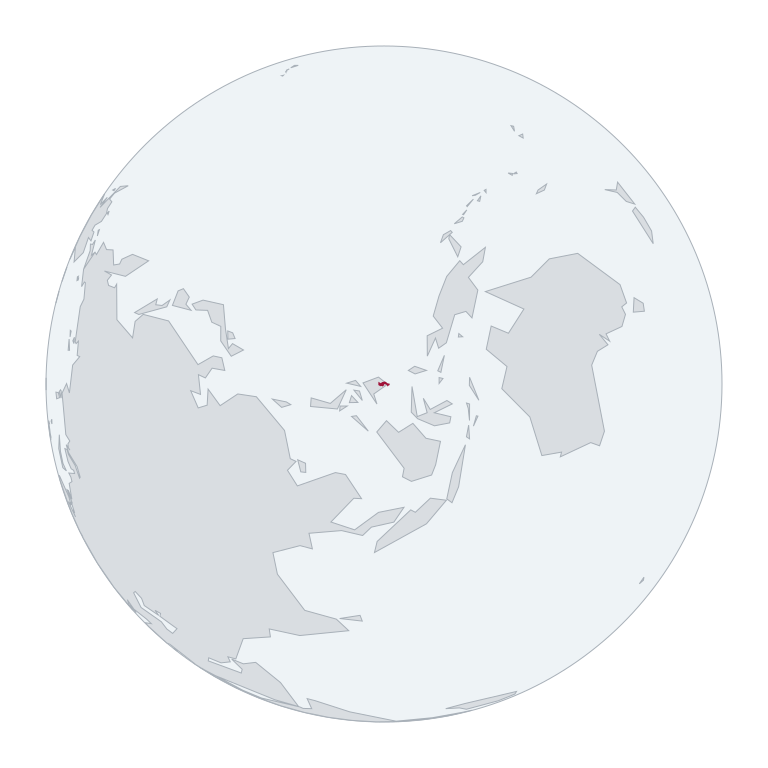 Davao del Sur on an orthographic globe, rotated 273°
{"feature_id": "PHL-2596", "entity_name": "Davao del Sur", "entity_type": "Province", "adm_level": 1, "iso_a3": "PHL", "parent_name": "Philippines", "parent_adm1": "", "projection": "orthographic", "projection_center": [125.415, 6.192], "detail": "fine", "context": "on_globe", "style": "filled", "palette": "rose", "viewbox_px": 768, "rotation_deg": 273, "n_neighbors": 0, "source": "natural_earth", "source_scale": "10m", "svg_char_len": 8652}
<svg xmlns="http://www.w3.org/2000/svg" viewBox="0 0 768 768"><g transform="rotate(273 384 384)"><circle cx="384" cy="384" r="338" fill="#eef3f6" stroke="#a8b0b8"/><path d="M648.6,497.3L648.3,499.6L648.0,500.0L648.6,497.3ZM559.1,95.0L548.3,91.3L555.9,97.9L545.5,91.2L567.5,110.4L568.6,118.2L560.5,104.9L554.3,100.3L551.7,102.7L544.8,98.7L539.6,97.9L531.6,93.3L527.5,87.1L522.2,84.4L520.6,86.4L511.6,83.9L514.8,81.2L499.4,76.8L489.7,68.1L504.5,68.7L492.3,63.9L492.2,63.9L515.2,72.6L537.6,83.0L559.1,95.0ZM697.7,281.7L694.9,274.3L697.5,277.9L697.7,281.7ZM692.5,270.6L693.7,272.9L692.6,271.2L692.5,270.6ZM691.3,269.9L692.2,270.4L691.5,270.6L691.3,269.9ZM690.1,269.8L690.6,269.5L690.7,269.9L690.1,269.8ZM687.1,267.5L686.2,266.7L686.5,265.6L687.1,267.5ZM562.9,104.2L563.5,102.9L565.3,105.7L562.9,104.2ZM540.2,98.7L542.3,100.5L538.7,99.5L540.2,98.7ZM523.2,91.7L516.8,90.0L522.6,90.6L523.2,91.7ZM512.7,88.2L497.3,85.1L500.5,88.5L482.9,78.0L501.8,83.6L508.4,83.5L508.1,85.6L512.7,88.2ZM475.6,73.2L471.3,72.0L475.0,72.2L475.6,73.2ZM484.2,61.3L483.6,61.1L472.9,58.0L470.1,57.3L469.6,57.1L484.2,61.3ZM447.6,52.1L459.7,54.7L459.3,54.6L447.6,52.1ZM94.8,209.2L94.4,210.2L112.9,183.8L114.0,180.7L129.7,161.5L133.1,158.2L132.5,164.2L136.8,159.2L146.1,146.0L155.2,138.9L150.4,141.0L145.6,146.4L142.5,148.4L146.7,143.8L149.8,141.1L152.5,137.9L145.2,144.9L166.9,125.0L190.3,107.1L215.1,91.3L216.2,91.0L220.7,88.1L238.5,79.0L244.0,76.6L249.4,74.1L245.4,75.8L271.1,65.5L272.1,65.2L275.9,64.5L255.1,75.1L246.7,77.9L250.1,75.0L235.1,82.9L242.0,79.6L239.0,81.9L250.0,77.7L248.4,79.1L261.8,73.1L261.0,74.5L252.6,78.3L268.3,74.8L270.2,77.5L274.6,76.2L278.6,73.9L278.4,79.7L281.6,78.6L282.9,76.1L290.1,72.5L302.8,68.7L302.0,70.9L297.3,72.5L286.3,79.9L274.0,84.9L275.0,85.5L285.5,81.8L298.9,72.6L306.8,69.8L301.5,73.8L304.0,72.1L307.7,71.5L310.6,73.2L316.8,68.9L358.1,63.0L367.8,67.0L358.6,70.3L386.6,72.1L395.4,78.7L396.5,76.1L410.8,76.6L408.2,74.4L409.9,73.4L445.3,76.6L453.0,79.9L469.5,80.5L470.2,79.5L465.4,76.9L482.9,78.0L500.5,88.5L498.2,90.1L510.8,96.5L503.7,99.9L503.7,106.4L488.7,107.8L490.0,113.7L494.9,115.7L500.3,126.1L494.7,142.5L478.0,120.2L482.2,98.9L478.6,106.2L473.1,102.3L468.0,103.8L466.0,109.9L469.7,111.8L434.2,113.9L416.9,130.5L433.5,132.2L440.9,139.9L435.7,165.6L393.6,197.2L403.1,212.0L401.7,220.7L389.2,224.3L390.8,211.5L380.7,205.3L383.6,198.2L364.0,201.3L367.2,191.3L350.4,199.7L353.6,208.5L369.7,208.6L353.8,221.5L366.4,238.5L364.6,257.2L332.4,287.1L304.5,294.3L302.1,300.2L292.8,292.1L277.7,302.8L293.0,340.1L291.6,350.3L268.3,367.6L268.3,359.8L243.4,338.2L236.8,362.3L255.5,385.2L261.9,410.4L246.6,401.1L240.4,378.9L231.6,370.6L235.4,349.3L231.0,316.9L215.6,321.1L218.2,308.6L209.8,281.9L188.5,287.5L153.8,316.7L146.7,348.7L135.8,361.7L128.4,313.1L133.4,282.2L125.5,283.8L122.3,256.7L101.7,250.4L103.4,242.4L98.5,245.0L97.0,235.9L101.4,223.3L98.3,223.0L87.9,256.6L91.7,257.3L101.3,246.3L97.2,258.2L99.3,270.4L80.4,296.3L57.5,315.5L63.0,291.4L85.8,225.5L89.5,219.0L89.9,218.3L90.7,216.9L84.8,227.3L91.3,215.1L70.8,259.0L64.0,278.0L57.1,316.8L55.8,320.2L56.0,328.8L65.8,323.7L64.2,331.6L54.8,367.0L47.9,413.8L53.3,449.9L60.4,480.0L62.8,488.9L56.1,465.7L51.1,442.0L47.8,418.0L46.2,393.9L46.4,369.7L48.3,345.6L51.9,321.7L57.2,298.0L64.2,274.9L72.8,252.3L83.0,230.3L94.8,209.2ZM123.9,186.0L128.8,190.1L140.3,172.4L143.2,172.9L146.0,167.2L141.1,171.2L150.2,156.2L157.3,153.1L163.8,146.4L162.4,144.9L148.1,153.1L134.9,174.1L127.9,180.0L123.9,186.0ZM372.5,46.3L371.5,46.3L360.2,46.9L360.9,46.9L372.5,46.3ZM310.8,54.3L315.4,53.2L316.9,53.0L329.0,50.8L328.6,51.1L321.2,52.6L310.8,54.3ZM109.5,187.7L106.0,192.1L108.0,189.2L108.8,188.2L109.5,187.7ZM312.4,54.3L317.4,53.2L314.1,54.1L312.4,54.3ZM329.0,51.4L326.2,52.2L330.0,50.9L329.0,51.4ZM197.8,649.4L204.7,653.7L201.7,653.4L197.8,649.4ZM69.1,481.4L83.9,532.4L81.2,530.9L73.7,514.8L63.5,483.3L64.5,476.2L63.0,462.6L69.1,481.4ZM346.6,475.5L357.1,477.9L356.8,479.5L346.6,475.5ZM335.6,469.1L347.4,470.7L333.7,472.3L335.6,469.1ZM352.0,471.3L364.1,469.4L369.3,467.4L368.5,470.5L352.0,471.3ZM327.6,468.5L285.3,463.9L269.0,458.1L272.6,452.7L299.0,456.9L327.6,468.5ZM271.2,452.4L246.6,433.7L215.2,383.3L226.4,385.4L259.7,417.3L257.5,422.0L272.4,436.3L271.2,452.4ZM332.0,428.7L329.7,443.4L306.1,439.8L295.6,436.3L288.2,416.5L292.3,407.3L300.9,408.5L335.7,379.3L347.5,388.4L336.5,401.1L346.2,414.9L332.0,428.7ZM147.5,352.0L151.7,372.2L146.1,374.7L147.5,352.0ZM350.9,358.1L336.1,370.8L349.9,353.3L350.9,358.1ZM359.7,341.3L360.1,348.5L354.8,341.1L359.7,341.3ZM300.7,309.8L291.6,310.5L291.9,305.5L303.8,301.8L300.7,309.8ZM363.1,273.3L361.0,287.4L358.5,292.0L355.3,283.0L363.1,273.3ZM316.4,62.4L299.9,64.4L287.8,67.6L280.6,71.4L283.7,67.6L302.4,62.6L316.4,62.4ZM353.0,62.3L359.3,60.0L361.3,61.3L360.2,62.0L353.0,62.3ZM353.4,60.8L352.1,57.9L358.7,56.8L358.4,59.2L353.4,60.8ZM331.5,54.1L326.7,54.5L329.5,53.5L331.5,54.1ZM569.7,623.1L573.7,625.7L564.1,634.5L550.8,643.2L538.2,645.5L569.7,623.1ZM470.3,640.2L468.8,629.2L483.3,629.2L478.2,638.6L470.3,640.2ZM579.0,616.4L587.5,606.9L589.7,594.3L589.9,605.8L597.8,606.7L576.8,625.0L579.0,616.4ZM413.7,590.4L348.4,606.6L333.6,602.5L336.3,593.5L320.5,563.9L325.3,564.9L320.8,545.4L358.7,531.4L385.5,501.9L407.9,505.9L424.1,484.3L447.5,488.0L441.2,505.6L466.2,519.8L481.6,480.4L498.4,525.3L517.6,542.5L524.6,570.6L495.6,614.5L477.6,622.0L473.5,617.4L466.2,621.5L453.9,618.6L445.7,603.1L438.6,607.1L444.9,596.4L434.9,605.6L427.8,595.4L413.7,590.4ZM582.0,526.2L585.8,527.7L592.2,535.9L586.1,534.0L582.0,526.2ZM639.0,505.7L640.9,509.4L636.9,510.1L639.0,505.7ZM648.0,500.0L643.2,501.1L648.6,497.3L648.0,500.0ZM600.6,502.1L602.6,505.0L601.1,505.9L600.6,502.1ZM599.1,501.1L601.2,496.9L601.0,501.3L599.1,501.1ZM580.4,475.9L582.6,473.9L583.7,475.7L580.4,475.9ZM372.7,479.6L387.1,469.3L395.2,469.1L372.7,479.6ZM577.0,470.9L571.4,470.0L571.9,467.7L577.0,470.9ZM577.3,465.4L576.6,462.1L580.3,470.1L577.3,465.4ZM566.3,457.1L573.3,463.6L565.5,457.8L566.3,457.1ZM562.2,457.6L557.2,454.6L557.5,453.6L562.2,457.6ZM507.3,457.0L525.8,478.1L511.3,476.2L494.9,462.7L482.7,472.8L454.6,468.4L460.8,462.0L456.9,451.0L428.4,444.1L422.6,436.7L432.6,433.0L414.1,425.8L434.4,424.6L442.8,439.6L454.4,429.6L474.7,434.3L494.7,441.0L511.1,453.2L507.3,457.0ZM434.8,455.8L438.3,456.1L435.3,460.1L434.8,455.8ZM547.7,445.8L554.9,453.4L554.1,455.1L550.6,453.7L547.7,445.8ZM514.9,451.0L532.4,441.1L536.6,441.7L525.0,453.8L514.9,451.0ZM528.0,433.0L536.2,435.5L540.7,442.5L539.0,444.2L528.0,433.0ZM393.3,438.7L392.6,442.6L387.4,439.0L393.3,438.7ZM400.0,437.0L415.8,442.8L398.6,440.2L400.0,437.0ZM353.2,418.9L357.6,428.6L371.8,424.0L361.0,431.5L370.8,447.7L367.7,453.2L357.9,435.7L354.8,452.5L348.6,451.6L344.9,436.6L351.1,419.4L357.3,412.7L383.0,412.1L353.2,418.9ZM399.8,425.7L395.7,414.5L398.8,407.6L403.3,413.7L399.8,425.7ZM383.9,387.6L373.5,374.3L363.6,378.0L384.0,363.0L390.6,378.1L383.9,387.6ZM375.7,359.9L366.4,363.2L376.3,354.3L375.7,359.9ZM364.2,358.9L363.6,350.4L370.7,352.2L364.2,358.9ZM380.4,360.8L382.9,346.7L386.1,355.4L380.4,360.8ZM361.8,331.4L376.3,346.6L356.6,338.8L357.7,311.8L366.3,312.0L361.8,331.4ZM421.6,232.9L420.6,225.8L428.8,225.2L427.2,230.2L421.6,232.9ZM454.8,219.5L430.7,222.8L411.2,226.8L416.4,230.6L410.6,241.9L403.7,230.0L418.5,218.7L433.0,218.0L436.7,208.8L448.3,204.0L448.1,192.3L453.7,188.2L458.3,198.9L454.8,219.5ZM447.5,187.5L451.4,168.6L466.2,173.5L468.7,178.7L460.6,185.0L453.3,182.0L447.5,187.5ZM456.7,165.8L449.7,163.0L440.6,135.5L442.3,131.2L457.1,153.1L451.2,151.9L450.8,158.3L456.7,165.8ZM471.8,73.2L471.3,72.1L474.4,73.6L471.8,73.2ZM408.1,72.2L410.9,71.0L414.5,72.4L408.1,72.2ZM420.5,68.8L414.6,68.0L421.2,67.9L420.5,68.8ZM401.2,66.8L412.4,67.2L401.2,68.2L401.2,66.8Z" fill="#d9dde1" stroke="#a8b0b8" stroke-width="1"/><path d="M384.6,379.1L384.4,379.4L384.4,379.6L384.3,379.8L384.1,380.1L383.9,380.3L383.8,380.6L383.8,380.9L383.8,381.2L383.8,381.3L383.9,381.5L384.0,381.7L384.3,381.6L384.5,382.0L384.8,382.0L385.0,382.2L385.1,382.3L385.1,382.5L385.3,383.0L385.3,383.3L385.4,383.5L385.7,384.3L385.7,384.5L385.6,384.8L385.6,385.0L385.5,385.4L385.1,385.9L384.5,386.7L384.1,387.4L384.0,387.5L383.9,387.6L383.7,387.7L383.4,387.6L383.6,387.5L383.7,387.4L383.8,387.3L384.3,386.1L384.4,385.7L384.5,385.1L384.6,384.9L384.7,384.7L384.6,384.4L384.5,384.1L384.6,383.9L384.4,383.6L384.3,383.4L384.2,383.3L383.9,383.3L383.7,383.3L383.4,383.2L383.2,383.3L383.2,383.2L382.8,383.0L382.8,382.9L382.6,382.8L382.6,382.7L382.4,382.6L382.5,382.4L382.6,381.9L382.7,381.2L382.5,380.9L382.4,380.5L382.5,380.2L383.1,379.5L383.1,379.2L383.3,379.1L384.6,379.1ZM384.0,388.5L384.0,388.8L383.9,388.8L383.7,388.9L383.5,388.7L383.8,388.5L384.0,388.5Z" fill="#f43f5e" stroke="#9f1239" stroke-width="1.5"/></g></svg>